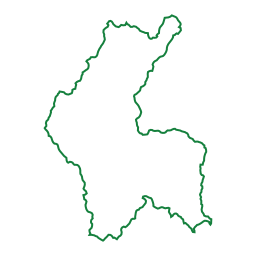 Serro, Minas Gerais, Brazil (Natural Earth projection)
{"feature_id": "56859067B85818855458350", "entity_name": "Serro", "entity_type": "district", "adm_level": 2, "iso_a3": "BRA", "parent_name": "Brazil", "parent_adm1": "Minas Gerais", "projection": "natural_earth1", "projection_center": [-43.38, -18.518], "detail": "fine", "context": "isolated", "style": "outline", "palette": "green", "viewbox_px": 256, "rotation_deg": 0, "n_neighbors": 0, "source": "geoboundaries", "source_scale": "gbopen_adm2", "svg_char_len": 5804}
<svg xmlns="http://www.w3.org/2000/svg" viewBox="0 0 256 256"><path d="M194.5,232.2L194.4,230.5L193.7,228.9L195.0,227.0L196.2,225.9L197.1,224.9L198.2,224.7L199.5,224.1L201.6,222.8L203.0,221.7L204.5,220.8L206.0,220.8L207.8,221.3L209.1,221.9L209.5,223.5L210.4,224.6L211.1,223.5L211.3,219.2L209.8,218.6L208.9,217.6L208.1,216.5L206.0,216.4L204.2,215.6L203.5,213.7L202.0,211.7L201.6,209.5L202.0,207.6L202.3,206.2L202.2,204.8L201.2,204.1L201.3,202.6L201.3,200.7L200.5,198.9L201.1,197.1L200.5,196.0L200.0,194.8L200.4,193.4L201.4,192.0L201.5,189.9L202.4,188.3L202.3,186.3L201.2,185.4L201.4,183.6L202.4,181.9L202.7,179.9L203.3,178.3L203.9,176.4L203.0,175.3L201.7,175.0L200.7,173.6L200.3,170.1L200.6,168.2L200.2,166.9L200.5,164.6L202.7,164.7L203.2,162.4L204.1,160.6L204.1,159.0L204.3,156.9L204.8,155.0L205.4,153.3L206.2,151.9L206.1,150.0L205.6,148.1L204.4,147.5L204.4,145.4L203.2,144.6L202.1,143.3L200.3,142.4L199.1,142.1L197.9,141.6L196.4,141.6L195.0,141.8L193.7,140.6L192.7,139.0L191.5,138.5L189.8,137.8L188.5,136.4L188.2,134.9L187.3,133.4L185.9,132.7L184.9,132.1L181.8,131.3L180.2,130.5L178.7,130.2L176.1,129.7L175.0,128.8L173.7,128.9L172.4,129.4L171.0,130.2L169.2,130.5L167.6,130.4L166.5,131.2L165.6,132.3L164.1,132.9L162.5,132.9L160.9,132.5L159.5,131.2L158.1,130.7L154.8,131.0L153.2,130.7L152.1,130.0L150.5,129.9L149.1,130.5L148.3,132.7L147.4,134.3L145.6,134.6L142.7,134.8L141.6,133.5L140.3,133.4L139.1,132.4L137.9,130.5L138.0,128.7L138.1,127.3L137.2,125.8L136.9,124.2L136.8,122.6L136.2,121.0L136.0,119.6L137.1,118.4L138.7,117.5L139.9,116.0L140.7,114.0L141.2,112.1L140.7,110.4L139.3,107.4L138.4,105.6L137.3,104.2L136.3,103.1L135.3,101.8L134.7,99.7L134.5,97.8L134.0,96.2L134.6,94.8L135.9,94.3L136.9,93.5L137.8,92.6L139.2,91.4L140.1,90.4L140.4,88.9L141.0,87.1L143.0,86.2L144.4,85.2L145.3,84.0L145.3,82.0L146.5,80.2L146.9,78.8L147.8,77.2L147.8,75.5L147.7,73.9L148.0,72.0L149.3,71.2L150.6,70.8L152.3,70.9L152.9,68.8L153.4,66.6L152.6,64.5L153.3,62.9L154.1,61.8L155.2,61.0L156.7,60.3L158.0,58.8L159.0,57.7L160.4,56.7L162.1,56.3L163.2,55.9L164.3,54.8L165.3,53.3L166.2,51.6L166.8,49.7L166.9,47.8L167.3,46.1L168.3,44.1L169.4,42.6L170.3,41.5L172.1,39.1L173.0,37.3L173.2,35.4L174.8,35.0L175.7,34.0L176.7,33.4L178.0,33.9L179.5,32.1L180.9,30.3L180.6,28.0L179.0,27.1L180.1,25.9L180.7,24.1L180.2,22.8L178.0,20.2L177.3,18.8L176.4,17.5L175.4,16.9L173.7,16.2L171.8,15.4L170.4,16.6L168.4,17.4L164.7,17.8L164.3,19.3L163.4,22.4L162.8,23.9L161.5,25.6L160.3,27.0L159.6,28.3L159.1,30.6L159.0,33.1L157.5,34.2L156.6,35.4L157.3,36.4L156.4,37.5L154.7,37.8L153.0,37.6L151.8,38.7L150.7,38.8L149.5,38.2L148.6,36.7L148.1,35.0L147.9,33.1L145.2,32.9L143.7,32.2L142.1,31.7L139.9,30.7L138.7,28.8L137.4,28.0L136.1,26.8L133.8,26.2L132.2,26.9L130.7,26.9L128.5,24.6L127.4,24.3L126.4,22.7L125.2,25.1L123.2,25.3L121.2,24.9L120.0,26.1L118.7,27.1L117.3,26.8L115.6,26.3L114.5,25.2L113.4,24.3L112.7,22.9L111.8,21.6L110.5,20.9L109.1,21.2L108.1,22.6L107.2,23.7L108.4,25.1L107.7,26.8L106.3,27.6L105.1,28.5L103.6,30.0L103.4,32.3L104.2,34.4L104.1,36.2L104.6,37.8L104.8,39.7L103.1,43.3L102.1,44.7L101.1,46.0L100.4,47.5L99.6,48.5L98.2,51.4L97.7,53.1L97.3,54.8L96.6,56.1L95.4,57.1L94.3,57.3L92.5,57.1L90.8,57.3L90.0,58.8L87.3,60.2L86.4,61.3L87.7,62.7L88.5,64.0L88.7,65.8L88.3,68.0L87.4,69.2L85.9,70.1L84.2,71.4L82.6,72.4L82.6,74.2L81.7,75.5L81.4,77.2L81.1,78.8L80.1,80.7L78.3,81.2L76.8,82.0L75.5,83.3L76.2,84.8L75.7,86.4L75.3,88.8L73.5,89.2L72.4,89.9L72.3,91.7L71.8,93.2L68.6,94.5L66.8,94.3L65.3,93.7L64.0,92.3L62.6,92.0L59.6,91.5L59.0,93.0L58.0,93.8L57.6,95.1L56.5,96.1L55.6,97.2L55.2,98.8L55.1,100.5L54.5,101.9L54.0,103.5L54.3,106.3L52.9,107.6L51.7,109.6L50.8,110.8L51.0,112.3L49.8,116.2L48.7,117.6L48.2,119.5L46.4,121.3L45.9,123.2L46.3,124.7L46.3,126.1L45.5,127.0L44.7,128.1L45.6,129.5L46.8,130.6L48.0,132.3L48.6,134.2L48.7,135.9L50.4,136.4L51.4,137.8L52.4,140.9L53.2,142.4L54.4,143.6L56.0,143.8L57.4,144.5L58.0,146.0L58.4,147.9L58.9,149.4L59.9,151.0L61.0,152.3L62.1,153.6L63.1,154.8L64.0,155.9L66.4,157.8L66.6,160.3L67.1,161.8L68.2,162.7L69.9,161.8L71.5,162.1L72.6,162.7L73.5,164.0L74.4,164.8L76.0,164.8L77.4,165.0L78.6,165.9L79.3,167.1L80.0,168.6L80.3,170.3L80.3,172.0L80.4,173.9L81.3,175.1L82.0,176.7L82.2,178.3L82.7,180.2L83.7,181.4L84.7,182.7L84.8,184.7L84.5,186.0L83.5,188.7L84.4,189.9L86.0,191.3L86.7,193.4L85.2,194.6L83.4,195.1L83.9,197.0L84.3,199.3L85.6,200.0L86.5,201.5L86.0,203.5L85.5,204.8L85.7,206.7L86.3,209.0L87.2,210.7L88.3,211.8L90.5,212.4L92.0,213.3L92.7,214.8L92.3,217.0L92.7,218.4L91.4,219.8L91.0,221.2L91.1,222.7L92.2,224.0L92.1,225.9L91.6,227.8L90.6,228.8L89.4,230.1L89.6,232.0L90.3,233.4L89.5,234.9L91.3,234.8L94.2,235.3L95.7,236.1L97.1,236.5L98.4,237.9L100.0,238.9L101.3,239.7L103.0,240.6L104.1,239.7L104.9,238.6L106.0,237.6L107.2,236.4L108.5,234.8L110.3,234.9L111.5,235.6L112.4,236.7L113.2,237.9L114.4,237.6L116.9,239.2L117.8,237.9L118.9,236.5L120.4,235.7L121.4,234.4L121.7,232.2L121.1,230.0L121.4,228.5L122.4,227.3L123.8,226.6L125.3,227.2L126.8,226.2L128.1,224.8L129.4,223.5L131.4,219.4L132.9,218.7L134.0,218.9L135.2,218.4L135.2,216.5L135.5,214.7L135.8,212.6L136.4,210.8L137.4,210.0L138.8,209.7L139.9,208.1L142.5,207.1L143.5,205.7L144.5,204.5L145.7,202.9L146.0,200.9L145.1,199.5L144.0,198.7L142.7,198.1L143.1,196.6L144.9,196.1L146.3,196.2L149.2,197.7L150.9,198.1L151.8,199.2L152.4,200.8L153.0,202.6L153.4,204.3L153.4,206.0L154.3,206.8L155.9,207.7L157.8,208.6L159.2,208.2L160.3,207.6L161.6,207.2L162.7,207.3L164.0,207.9L165.3,208.3L166.7,208.0L168.5,207.8L169.5,208.3L169.2,210.0L168.9,211.9L169.7,213.4L170.8,214.9L171.1,216.9L172.6,215.9L173.4,214.6L174.5,213.7L176.0,213.5L177.4,214.3L178.1,215.6L179.3,216.4L180.9,217.0L181.5,218.3L183.1,219.4L183.5,221.6L184.0,223.4L185.5,223.0L187.0,224.4L188.4,225.5L189.3,227.0L190.4,227.8L191.5,228.9L192.0,230.5L192.9,232.0L194.5,232.2Z" fill="none" stroke="#15803d" stroke-width="2"/></svg>